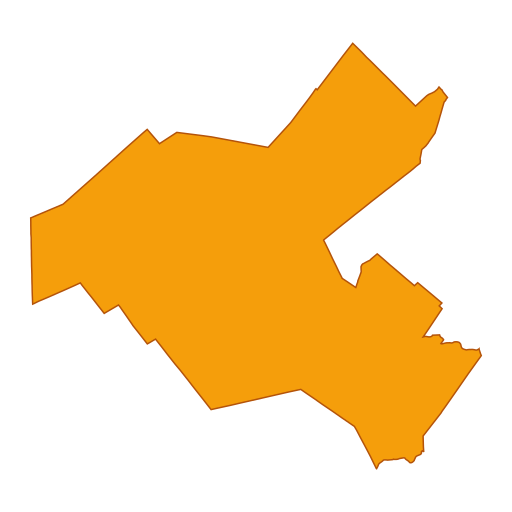 Satchinez, Timis, Romania (Natural Earth projection)
{"feature_id": "2599482B76356002585131", "entity_name": "Satchinez", "entity_type": "district", "adm_level": 2, "iso_a3": "ROU", "parent_name": "Romania", "parent_adm1": "Timis", "projection": "natural_earth1", "projection_center": [21.081, 45.93], "detail": "fine", "context": "isolated", "style": "filled", "palette": "amber", "viewbox_px": 512, "rotation_deg": 0, "n_neighbors": 0, "source": "geoboundaries", "source_scale": "gbopen_adm2", "svg_char_len": 4641}
<svg xmlns="http://www.w3.org/2000/svg" viewBox="0 0 512 512"><path d="M268.5,396.6L286.4,392.5L288.6,392.0L297.9,390.0L300.8,389.4L306.1,393.1L313.9,398.4L322.7,404.6L332.3,411.1L342.0,417.9L350.9,424.0L354.4,426.4L354.5,426.6L356.6,430.2L360.5,437.7L364.2,444.6L367.9,451.6L370.4,456.4L376.3,468.5L376.6,468.7L377.7,466.6L378.7,464.1L379.4,463.4L380.5,462.5L381.3,462.0L382.2,461.3L382.9,460.7L383.3,460.2L383.9,460.0L384.5,459.9L385.4,459.9L386.8,460.0L387.7,460.1L388.7,460.0L391.9,459.7L392.9,459.6L393.3,459.2L394.4,459.4L395.9,459.4L397.1,459.3L398.1,459.1L399.3,458.6L400.8,458.3L403.9,457.8L404.4,457.9L404.9,458.1L405.1,458.5L405.5,459.0L406.2,459.6L407.1,460.2L407.6,460.5L408.6,461.3L409.8,462.6L410.3,462.7L410.9,462.8L411.5,462.6L412.1,462.4L412.8,461.9L413.6,461.2L414.2,460.5L414.4,459.8L415.2,458.1L415.4,457.5L415.8,456.9L416.2,456.4L417.0,455.9L418.4,455.3L419.4,454.9L420.1,454.6L420.7,454.3L421.0,453.9L421.2,453.5L421.4,453.2L421.5,452.6L421.4,452.5L421.4,452.0L421.5,451.6L422.3,450.8L423.3,451.5L423.7,451.4L423.4,446.7L423.1,436.0L441.4,412.5L441.6,411.9L446.1,405.6L456.1,391.3L468.5,373.4L476.4,362.4L481.3,355.6L480.6,353.9L479.0,349.0L479.0,348.9L478.9,349.0L477.1,349.9L476.8,350.0L476.2,350.1L475.6,350.0L474.7,349.8L473.8,349.6L472.0,349.4L471.0,349.5L469.9,349.5L469.1,349.5L467.4,349.7L466.6,349.9L465.9,349.8L464.5,349.4L463.6,349.1L462.6,348.6L462.2,348.3L461.8,347.8L461.3,346.9L461.0,345.6L460.8,344.9L460.7,344.3L460.4,343.8L460.1,343.5L459.6,342.8L459.3,342.5L458.8,342.3L458.3,342.1L457.5,341.9L456.6,341.8L455.9,341.8L455.2,341.8L454.5,341.9L454.0,342.0L453.2,342.5L452.5,342.8L451.7,343.0L451.0,342.9L450.1,342.8L449.2,342.7L448.8,342.8L447.9,342.8L447.2,342.8L446.7,342.8L446.3,342.9L445.6,343.0L444.7,343.2L443.8,343.4L442.8,343.7L442.2,343.8L441.2,343.8L440.9,343.6L443.6,339.8L443.3,339.3L442.8,338.6L442.1,338.0L441.5,337.6L441.1,337.4L440.5,336.9L440.1,336.2L439.8,335.7L439.6,334.9L439.4,334.9L432.5,335.2L432.4,335.5L432.1,335.9L431.7,336.2L431.3,336.5L430.9,336.6L430.3,336.8L429.4,336.9L428.6,336.9L428.1,336.8L427.1,336.6L426.4,336.5L425.7,336.4L425.0,336.4L424.3,336.6L423.2,336.9L429.1,328.2L442.1,308.7L439.2,305.9L441.9,303.0L430.5,293.4L417.7,282.7L415.6,284.6L414.4,285.7L410.7,282.5L406.7,279.2L403.1,276.1L399.5,273.0L396.9,270.8L392.7,267.2L390.4,265.3L385.2,260.7L382.2,258.1L378.6,255.0L377.2,253.9L374.1,256.5L371.0,259.1L369.9,260.3L367.7,261.3L362.6,264.0L361.7,265.1L361.0,266.8L361.2,271.9L359.8,275.8L357.8,281.0L357.7,282.2L357.2,283.3L355.8,287.5L354.1,286.4L353.7,286.1L347.5,281.9L342.1,278.3L342.0,277.9L338.9,271.8L336.3,266.3L332.6,258.8L329.6,252.4L325.0,242.9L323.6,240.2L323.8,239.8L330.5,234.4L337.6,228.5L343.6,223.7L350.9,217.9L354.6,214.9L362.5,208.7L369.6,203.0L372.6,200.6L378.5,196.0L386.4,189.8L390.0,187.1L394.8,183.3L404.2,175.9L410.2,171.3L413.8,168.3L416.2,166.2L420.1,163.2L420.4,160.4L420.2,160.0L420.1,159.5L420.0,159.0L421.0,154.1L421.8,149.5L424.7,147.0L424.9,146.7L425.6,146.2L427.2,144.2L427.4,143.9L428.1,143.1L428.8,141.9L431.0,138.7L435.0,133.1L435.9,130.1L437.2,125.9L438.8,120.7L439.9,116.6L441.0,112.9L442.4,107.9L443.3,104.8L444.1,102.1L445.5,100.6L445.9,99.9L445.9,99.5L446.2,99.2L446.8,98.4L447.5,97.5L443.4,92.4L443.0,91.9L441.9,89.8L441.3,89.5L439.0,87.0L438.7,87.4L437.5,89.2L435.6,90.8L434.4,91.8L433.3,92.3L432.3,92.9L431.3,93.3L430.1,93.8L428.9,94.3L428.1,94.8L426.7,95.8L415.5,106.1L394.6,85.0L384.9,75.3L382.3,72.8L370.4,60.9L366.5,57.2L361.7,52.1L352.7,43.3L343.3,55.4L317.2,89.8L316.0,88.7L315.4,89.3L314.6,90.5L313.2,92.6L309.6,97.6L306.9,101.2L300.3,109.8L290.7,122.6L268.1,147.4L211.6,136.9L202.9,135.7L180.7,132.9L176.8,132.4L159.9,143.4L159.5,143.7L147.2,129.4L143.4,132.6L125.8,148.2L118.8,154.5L94.9,176.0L63.1,204.2L30.7,217.9L30.8,222.0L30.8,225.2L30.9,230.9L30.9,233.9L31.2,237.8L31.2,241.9L31.3,248.5L31.4,250.6L31.4,254.7L31.5,258.7L31.5,259.7L31.6,266.2L31.7,268.7L31.9,274.8L31.9,277.3L32.0,283.2L32.1,285.7L32.2,291.5L32.3,294.8L32.6,302.6L32.7,304.1L33.9,303.6L34.3,303.4L37.5,301.8L39.2,301.0L42.8,299.5L49.1,296.8L59.3,292.3L62.1,291.1L74.2,285.7L80.3,282.9L82.3,285.6L85.4,289.5L88.6,293.6L91.4,297.0L93.1,299.2L98.4,306.0L104.2,313.4L106.7,311.9L114.6,307.3L118.5,305.0L120.4,307.4L121.6,309.2L126.1,315.6L132.3,324.6L133.0,325.7L138.8,333.0L144.5,340.3L147.3,343.9L149.3,342.8L153.0,340.6L155.6,339.1L156.4,340.2L161.5,346.7L167.1,354.0L172.4,360.7L175.4,364.5L180.2,370.2L182.4,373.0L186.2,377.8L188.2,380.3L191.8,385.0L194.3,388.2L199.5,394.8L200.3,395.8L205.4,402.3L211.1,409.6L211.5,409.5L217.7,408.1L230.2,405.4L238.7,403.4L268.5,396.6Z" fill="#f59e0b" stroke="#b45309" stroke-width="1.5"/></svg>